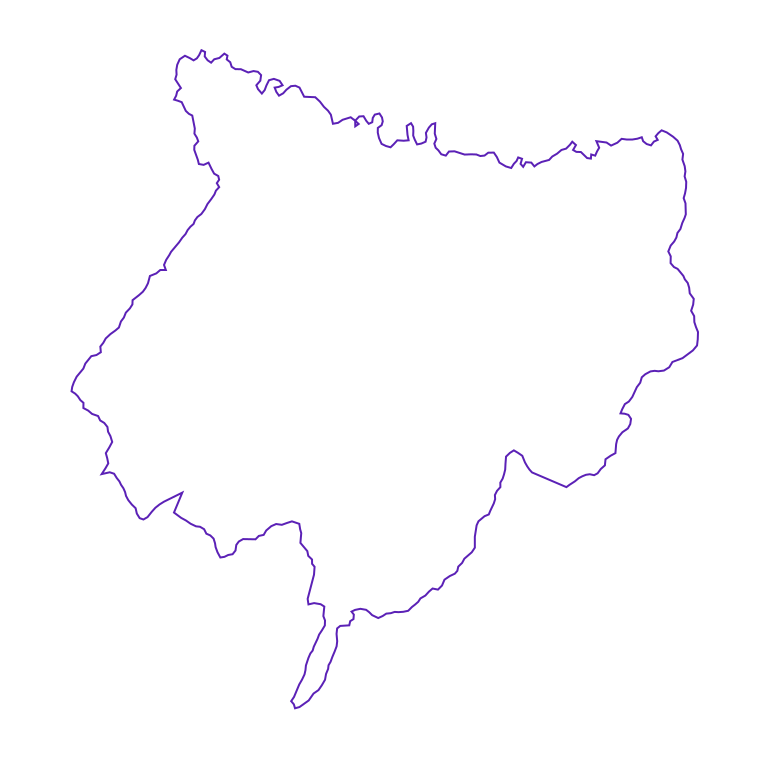 outline of Pindorama do Tocantins, Tocantins, Brazil, rotated 2°
{"feature_id": "56859067B48906669845388", "entity_name": "Pindorama do Tocantins", "entity_type": "district", "adm_level": 2, "iso_a3": "BRA", "parent_name": "Brazil", "parent_adm1": "Tocantins", "projection": "albers", "projection_center": [-47.568, -11.195], "detail": "fine", "context": "isolated", "style": "outline", "palette": "violet", "viewbox_px": 768, "rotation_deg": 2, "n_neighbors": 0, "source": "geoboundaries", "source_scale": "gbopen_adm2", "svg_char_len": 6096}
<svg xmlns="http://www.w3.org/2000/svg" viewBox="0 0 768 768"><g transform="rotate(2 384 384)"><path d="M671.3,134.9L668.9,130.6L664.3,126.8L657.8,122.7L652.6,120.8L649.4,123.7L646.8,127.0L649.0,130.5L645.3,132.3L642.5,136.2L638.1,135.0L634.5,132.3L633.0,128.4L628.7,130.0L623.7,131.0L618.0,131.2L612.9,130.7L608.8,134.7L602.6,137.8L598.0,134.9L587.8,133.9L590.8,140.4L588.8,144.1L587.1,148.4L583.1,147.4L582.9,151.5L579.1,151.1L572.7,145.3L568.1,145.3L564.8,143.5L567.5,138.5L563.7,135.3L561.5,138.4L557.8,142.4L553.2,143.9L548.9,147.8L544.2,150.8L541.2,154.3L533.7,156.6L529.7,158.8L526.7,161.3L523.5,157.6L518.1,157.4L515.5,162.1L512.8,159.2L514.1,154.1L510.2,152.9L508.7,156.5L506.1,159.4L503.6,163.7L498.2,162.3L491.6,158.7L488.9,153.3L485.7,148.9L480.1,149.2L476.5,152.2L472.3,152.8L468.3,151.4L463.1,151.4L456.6,151.9L446.4,149.0L440.8,149.4L437.8,153.6L433.2,152.4L430.2,148.6L427.4,146.1L425.9,142.0L427.8,137.3L426.0,132.0L426.1,121.6L422.7,122.8L419.9,126.2L417.1,131.6L417.9,136.1L417.1,140.4L412.9,142.4L408.7,143.4L406.1,138.5L404.5,134.7L404.5,130.0L404.1,125.8L401.9,122.4L397.7,125.3L398.8,134.2L400.1,139.6L395.2,140.2L388.8,140.0L385.2,144.2L382.3,147.2L377.7,146.1L373.2,144.1L370.4,138.3L369.0,133.0L368.9,128.3L372.6,125.4L373.6,121.6L372.7,117.7L370.0,113.8L365.4,115.1L363.5,118.5L363.1,122.8L359.7,124.5L357.1,121.6L354.2,117.1L349.9,117.5L346.0,121.9L341.4,118.6L333.4,121.4L329.0,124.6L323.9,125.7L321.5,116.7L318.5,112.8L314.3,109.1L310.1,104.0L305.3,99.8L294.2,99.7L289.2,90.7L285.0,89.0L280.6,89.6L276.2,93.3L273.1,97.0L269.0,99.5L266.2,95.8L264.4,91.6L268.3,90.8L272.2,89.0L269.1,84.7L263.3,82.9L258.5,84.4L256.1,89.7L254.5,94.4L251.8,98.0L247.8,93.7L246.0,89.9L249.8,85.2L250.4,79.6L247.1,76.4L242.7,75.8L237.4,77.4L230.0,74.4L224.5,74.5L220.7,72.3L219.1,67.8L215.5,65.1L216.1,61.3L212.9,59.4L208.1,63.9L203.0,65.4L200.0,68.9L196.4,66.6L193.4,62.9L193.6,58.4L189.9,56.8L187.7,61.9L185.6,65.1L182.4,67.2L178.6,65.1L173.6,62.9L168.5,66.6L166.2,72.2L165.5,77.4L165.9,82.1L164.7,86.7L170.7,95.3L167.1,98.9L166.2,103.2L164.3,107.1L168.1,108.1L172.0,109.4L176.4,118.0L179.6,120.8L183.0,122.4L186.0,135.3L185.8,140.4L188.4,144.3L189.9,148.0L186.2,152.5L186.2,156.6L190.1,166.4L191.3,170.6L196.1,171.3L200.9,168.9L204.2,175.2L206.9,179.7L211.1,181.9L212.1,185.6L209.9,189.1L212.4,193.0L209.3,196.6L207.9,200.5L204.9,205.2L201.3,210.3L198.9,215.5L195.5,220.5L191.7,223.6L189.3,227.1L188.1,230.7L185.1,233.5L182.4,237.0L180.4,241.1L177.3,244.8L174.2,249.6L166.6,259.3L164.9,262.7L162.0,267.5L160.0,272.7L162.0,277.7L156.4,277.9L152.6,281.4L146.3,284.2L144.6,291.6L142.4,296.3L139.8,300.2L136.1,303.7L129.8,309.0L129.8,313.2L127.4,317.3L123.5,321.7L121.7,326.7L118.9,330.7L117.1,336.8L113.7,339.9L108.8,343.7L104.3,348.2L102.0,352.7L99.2,356.5L99.9,362.1L95.6,365.1L90.5,366.4L84.8,374.0L83.0,379.1L76.6,387.4L74.0,393.1L72.5,397.8L72.0,402.2L75.7,404.4L78.4,406.9L81.1,410.7L84.3,413.3L84.4,418.5L89.3,420.9L93.3,424.1L99.4,426.0L101.6,430.3L105.8,432.7L109.1,436.6L109.9,441.3L112.4,445.6L114.4,451.4L111.7,456.9L108.4,462.8L110.0,467.9L111.2,473.0L108.6,477.9L105.0,483.9L113.0,481.8L117.4,483.1L120.2,487.3L123.0,490.6L124.7,493.9L127.2,497.3L129.0,501.0L130.1,504.9L132.5,509.0L136.2,513.3L140.1,516.8L141.5,522.1L144.5,526.6L148.3,527.8L152.3,525.3L156.3,519.9L159.8,515.7L163.9,512.2L168.2,509.3L186.2,499.6L178.6,519.8L186.0,524.9L190.8,527.3L195.6,530.4L201.1,532.8L205.1,533.1L209.3,535.4L211.7,539.8L215.7,541.4L219.1,544.5L220.7,549.1L221.4,552.9L223.5,558.0L226.5,563.1L230.6,562.3L234.3,560.3L238.6,559.4L241.4,555.6L242.0,550.0L244.4,546.5L248.6,543.9L261.0,543.7L264.2,540.2L269.0,539.0L271.4,534.5L276.3,530.0L281.1,527.7L286.8,528.3L291.8,526.3L296.8,524.5L304.2,526.7L305.3,532.2L306.5,535.9L306.0,545.7L313.2,553.7L314.3,558.4L318.2,561.9L318.4,566.2L321.0,569.1L320.7,577.0L315.2,601.4L316.2,606.9L321.8,605.4L328.4,606.3L332.1,608.5L331.5,618.1L333.3,622.4L333.3,627.4L330.6,632.3L327.9,636.7L326.5,640.9L323.0,649.0L322.0,652.9L319.8,655.9L318.0,660.5L315.8,668.0L315.5,672.7L314.7,677.0L312.4,682.3L309.8,687.2L305.0,699.9L302.3,704.2L305.1,707.3L306.4,711.2L310.8,709.8L319.8,702.9L324.4,695.8L329.2,692.2L332.4,687.2L335.4,681.6L336.2,675.8L338.1,670.7L338.4,667.0L340.3,663.5L341.9,658.6L344.0,653.1L345.8,647.8L346.2,642.7L345.3,635.4L345.7,629.9L348.7,627.3L357.7,626.4L358.5,622.2L361.7,620.0L361.9,615.5L359.5,612.6L362.9,610.8L368.2,609.5L374.0,610.3L377.2,612.6L380.2,615.4L386.4,618.1L390.8,615.9L394.3,613.4L398.8,612.8L402.6,611.4L406.4,611.5L411.2,611.0L416.1,609.8L419.7,605.9L422.7,603.4L425.8,600.5L427.9,597.0L432.7,594.0L436.2,589.9L439.7,586.7L445.1,587.6L449.0,583.4L451.3,577.4L456.5,573.6L461.4,571.1L463.8,568.2L464.6,563.9L468.3,560.1L470.4,555.8L477.6,549.1L480.5,544.4L480.1,533.5L481.5,522.0L483.2,517.9L489.1,512.6L493.3,510.7L494.6,507.1L497.9,499.5L499.1,495.2L498.7,491.1L500.7,486.8L503.9,483.0L503.7,478.5L505.9,474.4L507.1,470.1L508.1,465.3L508.2,459.3L508.5,452.3L512.3,448.4L516.1,445.8L520.1,448.0L524.7,450.9L527.6,457.4L530.0,461.3L532.4,464.5L535.0,467.2L569.9,480.7L572.9,478.3L578.2,474.6L581.9,471.3L585.4,469.3L589.0,467.7L592.8,467.0L597.2,467.8L600.6,465.8L603.6,461.4L607.6,457.6L608.0,451.5L613.1,447.7L617.7,445.0L618.1,436.0L618.9,431.7L620.6,428.2L623.9,423.9L629.3,419.9L631.5,415.5L632.1,410.2L629.3,406.3L625.5,405.3L621.4,405.1L622.9,401.0L625.4,395.7L629.3,393.0L632.6,388.3L636.8,378.3L640.0,373.8L641.4,368.3L644.8,365.1L649.9,362.1L654.0,361.4L657.8,361.7L663.3,360.8L668.5,357.3L671.5,351.9L681.5,347.7L691.5,339.7L695.5,334.6L696.0,328.5L696.0,321.1L693.8,316.2L692.0,311.3L691.6,305.3L688.4,300.1L690.2,293.9L690.6,288.1L686.4,282.7L685.6,277.1L684.0,272.4L681.0,268.9L679.4,265.5L673.4,258.7L669.7,257.0L666.2,253.2L666.1,246.4L663.5,241.6L665.7,235.6L669.0,231.5L671.1,227.4L672.0,222.8L674.8,218.8L676.5,212.6L678.6,207.5L679.7,203.9L679.0,192.9L677.0,187.8L678.2,183.0L679.0,177.5L679.0,171.4L677.2,166.0L677.8,161.0L676.9,155.8L674.4,149.3L674.9,143.6L672.7,139.0L671.3,134.9ZM346.0,121.9L349.6,125.0L346.3,127.5L346.0,121.9Z" fill="none" stroke="#5b21b6" stroke-width="2"/></g></svg>